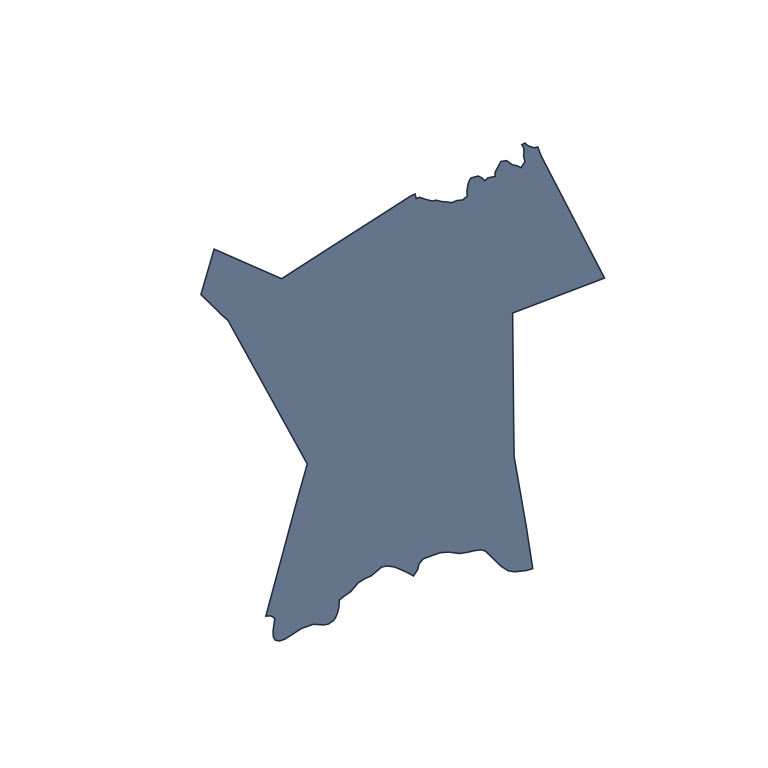 the district of Sebastião Barros, Piauí, Brazil, rotated 23°
{"feature_id": "56859067B80759164390231", "entity_name": "Sebastião Barros", "entity_type": "district", "adm_level": 2, "iso_a3": "BRA", "parent_name": "Brazil", "parent_adm1": "Piauí", "projection": "albers", "projection_center": [-44.821, -10.664], "detail": "fine", "context": "isolated", "style": "filled", "palette": "slate", "viewbox_px": 768, "rotation_deg": 23, "n_neighbors": 0, "source": "geoboundaries", "source_scale": "gbopen_adm2", "svg_char_len": 1382}
<svg xmlns="http://www.w3.org/2000/svg" viewBox="0 0 768 768"><g transform="rotate(23 384 384)"><path d="M180.5,373.2L199.7,380.6L207.7,383.9L215.5,386.4L334.9,480.0L344.6,487.6L349.2,523.8L365.9,643.9L370.5,641.6L375.1,642.4L378.4,654.8L380.9,660.0L384.0,662.3L388.3,661.4L392.5,657.6L403.5,641.4L412.7,632.9L422.9,629.2L426.7,626.6L429.9,621.5L430.7,618.2L430.7,613.1L429.9,607.8L427.4,600.2L430.0,595.2L434.5,588.2L437.8,577.4L442.1,571.1L447.1,565.7L453.3,553.6L457.3,550.6L464.7,548.4L472.0,548.3L478.1,548.4L486.2,549.2L487.5,541.7L486.6,535.7L488.3,529.8L495.0,523.4L501.8,517.3L509.4,513.4L519.6,510.6L527.2,505.9L532.2,502.2L538.2,498.7L542.6,498.2L563.2,506.1L571.2,507.4L577.5,505.9L587.8,500.2L593.1,495.8L570.1,458.7L532.1,399.9L515.1,361.2L474.7,268.4L545.6,200.3L442.3,114.9L438.5,111.6L433.0,105.7L429.6,108.0L423.1,108.4L419.6,107.1L417.3,109.9L420.4,112.1L422.4,116.5L423.4,119.7L426.9,124.3L425.6,131.3L421.5,131.1L416.5,132.0L409.5,130.5L404.6,133.5L404.0,140.7L403.5,145.5L405.1,149.6L399.1,153.6L397.3,157.6L393.6,156.0L389.3,155.8L383.4,160.5L383.0,164.9L383.5,168.7L385.2,174.8L387.3,178.4L384.5,183.8L379.4,186.6L375.6,190.6L372.1,191.4L368.4,192.7L364.2,193.9L360.4,194.3L356.9,196.7L350.0,197.8L343.9,198.2L341.2,200.6L338.3,196.9L335.4,200.1L281.4,278.9L248.6,327.1L174.9,326.2L180.5,373.2Z" fill="#64748b" stroke="#1e293b" stroke-width="1.5"/></g></svg>